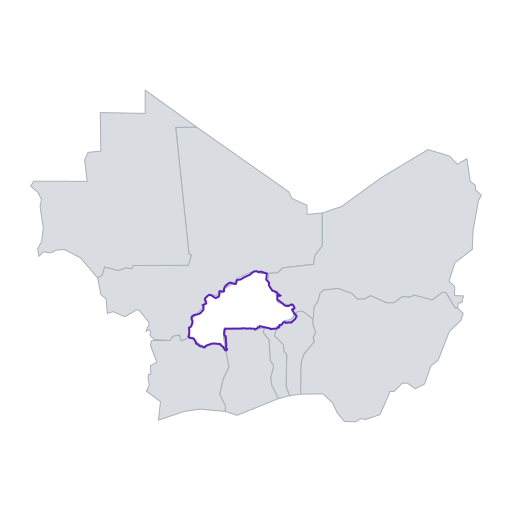 Burkina Faso highlighted, Mercator projection
{"feature_id": "BFA", "entity_name": "Burkina Faso", "entity_type": "country or territory", "adm_level": 0, "iso_a3": "BFA", "parent_name": "Africa", "parent_adm1": "", "projection": "mercator", "projection_center": [-1.603, 12.251], "detail": "fine", "context": "with_neighbors", "style": "outline", "palette": "violet", "viewbox_px": 512, "rotation_deg": 0, "n_neighbors": 8, "source": "natural_earth", "source_scale": "50m", "svg_char_len": 6902}
<svg xmlns="http://www.w3.org/2000/svg" viewBox="0 0 512 512"><path d="M107.4,313.5L106.0,298.6L100.9,294.6L97.6,277.8L102.2,275.2L104.5,266.9L118.4,270.5L126.1,267.7L131.4,268.7L133.4,265.5L188.2,265.3L191.3,255.3L188.9,253.6L175.7,127.4L196.6,127.1L288.8,191.8L292.1,198.6L306.9,205.2L307.1,214.4L322.3,213.0L322.3,246.1L314.8,255.6L313.7,264.3L282.9,267.8L277.8,272.8L260.3,273.5L256.9,270.8L249.4,272.8L236.6,278.6L234.0,283.0L223.4,289.4L221.5,293.0L215.8,295.8L209.2,293.9L205.4,297.4L203.4,307.0L192.6,318.6L192.9,323.3L189.2,329.2L190.1,337.3L181.2,341.1L179.1,335.1L172.8,336.4L170.3,340.5L154.2,339.5L150.0,335.5L150.7,331.4L149.0,329.8L146.1,331.1L149.4,323.0L139.2,310.3L136.4,309.9L125.0,316.7L113.1,311.6L107.4,313.5Z" fill="#d9dde1" stroke="#a8b0b8" stroke-width="1"/><path d="M30.7,186.1L33.7,181.2L87.2,181.3L84.6,160.0L88.0,152.4L100.8,151.1L100.3,112.6L145.2,113.4L145.2,90.2L196.6,127.1L175.7,127.4L188.9,253.6L191.3,255.3L188.2,265.3L133.4,265.5L131.4,268.7L126.1,267.7L118.4,270.5L104.5,266.9L102.2,275.2L97.6,277.8L80.3,257.7L64.7,249.7L57.1,249.9L50.4,253.0L43.6,251.7L38.9,256.3L37.7,248.6L41.6,241.6L43.3,228.1L40.1,206.6L41.5,199.4L37.9,192.4L30.7,186.1Z" fill="#d9dde1" stroke="#a8b0b8" stroke-width="1"/><path d="M300.7,394.1L289.4,395.7L286.1,386.2L286.7,354.5L283.9,351.6L283.4,344.8L274.5,335.9L276.2,328.6L280.9,327.0L283.7,320.9L290.4,319.6L298.0,311.3L302.9,311.3L313.3,319.3L312.8,323.9L315.8,332.2L313.1,337.8L314.6,341.5L303.7,354.4L301.2,363.1L300.7,394.1Z" fill="#d9dde1" stroke="#a8b0b8" stroke-width="1"/><path d="M466.9,158.7L470.3,181.6L475.4,185.4L475.6,190.1L481.3,195.1L478.3,201.3L473.0,230.7L472.3,249.3L454.9,262.7L449.0,281.3L454.7,286.6L454.6,295.6L463.4,295.9L462.0,302.5L458.2,303.3L457.7,307.8L455.2,308.1L446.0,292.8L442.7,292.2L432.1,300.0L414.1,295.1L410.2,297.1L402.2,296.7L394.1,302.7L387.1,303.0L370.6,295.7L364.1,299.2L357.1,299.0L352.0,293.6L338.3,288.4L323.6,290.1L320.1,293.1L318.1,301.2L314.2,306.8L313.3,319.3L302.9,311.3L298.0,311.3L293.4,315.4L293.7,305.8L277.9,302.6L277.5,295.9L269.8,286.7L268.0,280.2L269.1,273.4L277.8,272.8L282.9,267.8L313.7,264.3L314.8,255.6L322.3,246.1L322.3,213.0L341.5,206.5L381.1,177.8L427.9,149.6L449.5,156.0L457.2,164.2L466.9,158.7Z" fill="#d9dde1" stroke="#a8b0b8" stroke-width="1"/><path d="M300.7,394.1L301.2,363.1L303.7,354.4L314.6,341.5L313.1,337.8L315.8,332.2L312.8,323.9L314.2,306.8L318.1,301.2L320.1,293.1L323.6,290.1L338.3,288.4L352.0,293.6L357.1,299.0L364.1,299.2L370.6,295.7L387.1,303.0L394.1,302.7L402.2,296.7L410.2,297.1L414.1,295.1L432.1,300.0L442.7,292.2L446.0,292.8L455.2,308.1L457.7,307.8L463.2,313.4L460.9,320.5L449.4,331.3L438.2,360.2L430.9,365.9L424.5,384.1L415.1,388.8L407.4,383.1L402.2,383.3L394.1,391.4L390.1,391.5L380.1,414.5L365.9,419.4L360.7,418.7L355.5,421.8L344.5,421.5L337.2,412.9L332.7,403.0L323.0,393.9L300.7,394.1Z" fill="#d9dde1" stroke="#a8b0b8" stroke-width="1"/><path d="M276.2,328.6L274.5,335.9L283.4,344.8L283.9,351.6L286.7,354.5L286.1,386.2L289.4,395.7L278.4,398.6L271.7,385.1L270.6,378.2L273.7,365.8L270.2,360.7L269.0,339.8L263.2,332.6L264.3,328.3L276.2,328.6Z" fill="#d9dde1" stroke="#a8b0b8" stroke-width="1"/><path d="M264.3,328.3L263.2,332.6L269.0,339.8L270.2,360.7L273.7,365.8L270.6,378.2L271.7,385.1L278.4,398.6L237.1,415.3L224.9,411.4L225.5,406.0L219.6,394.2L223.2,378.6L228.9,367.1L223.4,336.9L223.7,329.0L264.3,328.3Z" fill="#d9dde1" stroke="#a8b0b8" stroke-width="1"/><path d="M151.5,340.6L170.3,340.5L172.8,336.4L179.1,335.1L181.2,341.1L190.1,337.3L204.7,347.8L209.5,344.3L215.9,343.8L225.3,347.4L228.9,367.1L223.2,378.6L219.6,394.2L225.5,406.0L224.9,411.4L200.4,409.1L184.2,411.4L158.5,420.1L160.5,401.7L146.4,391.2L149.3,385.1L148.0,378.4L148.6,374.4L150.8,374.4L150.5,365.7L156.9,362.1L150.4,345.3L151.5,340.6Z" fill="#d9dde1" stroke="#a8b0b8" stroke-width="1"/><path d="M276.2,328.6L272.7,328.8L271.4,329.1L270.7,329.1L270.6,328.8L270.5,328.6L266.1,327.5L263.0,326.9L259.8,326.2L259.7,326.9L259.2,327.3L258.5,327.3L258.0,327.2L257.7,327.7L257.2,328.4L256.5,328.7L255.8,329.2L255.4,329.5L255.1,329.5L254.3,328.7L253.4,328.6L251.6,328.7L250.8,328.5L249.7,328.4L247.1,328.6L242.9,328.2L242.2,328.4L242.1,328.5L238.0,328.6L233.4,328.6L229.6,328.7L226.3,328.7L225.3,328.5L225.1,328.8L224.2,332.3L224.1,334.2L224.6,335.4L225.2,336.1L225.8,336.4L225.8,336.8L225.3,337.4L225.4,337.9L226.0,338.5L226.1,339.1L225.8,339.7L225.9,341.3L226.3,343.7L226.3,345.2L225.9,345.9L226.1,347.2L226.9,348.9L227.1,349.6L226.8,349.9L226.1,350.4L225.4,350.4L224.6,349.3L224.3,348.9L223.6,347.8L223.1,346.8L222.3,346.3L221.6,345.9L220.7,344.5L219.9,343.9L219.0,344.0L217.6,343.8L215.0,343.5L212.1,343.6L210.9,343.9L209.8,344.4L206.8,345.4L205.6,346.0L204.7,347.3L203.7,347.3L202.7,346.9L202.1,346.3L200.7,346.4L199.4,345.8L198.1,344.6L197.2,344.2L196.0,343.4L195.7,341.8L194.9,340.6L194.2,339.1L193.2,338.4L192.0,338.0L190.4,338.1L189.3,337.4L188.4,336.5L188.7,335.7L189.0,334.6L189.1,333.5L189.3,331.7L189.2,329.5L188.9,327.9L189.8,327.3L190.8,326.7L191.5,325.6L192.2,323.3L192.5,321.2L192.2,320.5L191.9,319.9L191.6,319.0L191.5,317.9L191.7,317.0L192.4,316.1L193.4,315.4L194.1,315.0L196.0,314.7L198.4,314.1L199.7,313.5L200.7,312.9L201.2,312.4L201.8,311.4L202.7,310.6L203.4,309.8L203.5,307.7L203.5,306.4L203.0,305.7L202.7,305.2L206.2,303.5L206.2,302.3L205.7,300.9L205.0,299.8L204.8,298.9L205.7,297.8L206.6,297.0L207.2,296.3L208.6,295.2L210.0,294.9L211.3,295.3L215.1,297.8L215.7,298.0L216.5,297.8L217.5,297.1L218.8,296.6L219.3,294.9L219.2,292.5L219.5,291.3L220.2,291.1L222.4,291.6L223.0,291.6L223.6,291.5L224.1,291.0L224.0,290.2L223.9,289.5L224.6,287.2L225.9,285.5L228.6,283.3L229.4,282.9L230.3,282.6L235.0,284.1L235.8,283.8L237.0,280.1L238.2,279.7L239.8,279.7L240.8,279.3L241.3,279.1L243.5,277.7L247.5,275.8L249.6,274.9L250.0,274.6L251.5,273.3L253.5,271.7L254.8,271.4L256.6,271.3L257.7,271.6L258.0,272.0L258.4,272.2L260.7,271.6L264.0,272.6L266.9,273.6L266.7,274.3L266.7,275.5L266.5,277.3L266.2,279.5L267.4,280.9L268.8,282.5L269.2,283.0L268.8,284.6L269.0,285.4L269.8,286.9L271.1,288.8L272.4,290.7L273.3,290.9L274.1,291.1L274.7,291.4L275.4,291.8L276.2,292.0L276.9,292.4L277.3,292.8L277.8,294.0L279.3,294.8L280.3,295.6L279.9,295.9L278.6,295.8L277.4,295.4L277.3,296.0L277.2,298.2L277.4,300.0L277.7,300.2L278.9,300.6L281.8,302.9L284.4,305.1L285.3,305.7L286.8,305.9L288.4,306.0L289.1,305.8L290.7,304.7L291.5,304.5L292.3,304.6L292.7,304.8L293.4,305.7L294.2,307.0L294.4,308.1L294.3,308.6L294.0,308.8L292.8,309.1L292.2,309.3L292.1,309.6L292.3,310.2L292.5,310.7L293.9,312.7L296.0,315.3L296.6,316.0L296.2,316.8L295.2,318.9L294.4,319.7L291.0,322.7L289.3,322.3L285.8,322.9L285.3,322.3L284.4,322.2L283.4,322.3L283.1,322.5L282.9,322.8L282.6,323.2L281.9,324.4L281.4,324.7L280.8,324.9L280.0,324.9L279.6,325.0L279.6,325.6L279.4,326.1L278.9,326.3L278.7,326.9L278.8,327.5L278.4,327.7L277.8,327.6L277.4,327.4L277.0,328.1L276.6,328.6L276.2,328.6Z" fill="none" stroke="#5b21b6" stroke-width="2"/></svg>